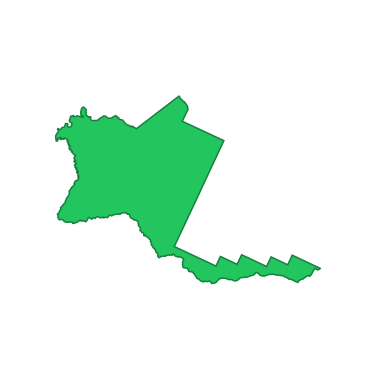 outline of La Jagua Del Pilar, La Guajira, Colombia, rotated 25°
{"feature_id": "7082276B91699112359201", "entity_name": "La Jagua Del Pilar", "entity_type": "district", "adm_level": 2, "iso_a3": "COL", "parent_name": "Colombia", "parent_adm1": "La Guajira", "projection": "natural_earth1", "projection_center": [-73.096, 10.466], "detail": "fine", "context": "isolated", "style": "filled", "palette": "green", "viewbox_px": 384, "rotation_deg": 25, "n_neighbors": 0, "source": "geoboundaries", "source_scale": "gbopen_adm2", "svg_char_len": 5916}
<svg xmlns="http://www.w3.org/2000/svg" viewBox="0 0 384 384"><g transform="rotate(25 192 192)"><path d="M340.5,207.0L309.5,206.9L309.5,217.5L291.1,217.4L291.1,228.0L263.5,227.9L263.4,238.5L245.0,238.4L245.0,249.0L199.0,248.9L199.2,186.9L199.1,185.5L199.2,132.0L153.3,132.0L153.5,118.7L152.3,117.5L151.8,116.3L148.9,114.5L147.8,114.3L147.4,113.5L146.1,113.8L145.0,113.3L144.7,112.9L144.2,113.0L143.4,112.5L141.7,112.2L140.7,111.0L140.0,111.0L139.6,110.7L115.0,157.9L113.6,158.1L112.4,157.8L111.2,157.8L110.5,157.5L109.9,158.5L108.7,158.0L107.5,158.7L106.4,158.2L105.0,158.6L104.5,158.5L101.5,157.6L98.9,156.1L95.2,156.9L94.7,156.2L94.0,156.2L94.0,155.8L93.5,155.9L93.1,155.5L92.3,155.6L91.9,155.2L91.1,155.3L90.5,155.0L90.0,156.1L89.0,156.7L88.5,158.0L87.5,159.2L85.2,160.5L84.8,160.6L81.5,159.8L80.0,160.3L79.4,161.0L79.3,161.9L78.5,162.6L77.1,164.6L76.9,166.0L75.7,166.9L75.1,167.9L74.7,168.2L73.7,168.1L72.3,169.1L71.5,169.5L70.4,169.3L68.6,168.5L68.5,168.0L68.7,166.9L68.6,166.7L67.7,166.9L66.9,167.7L66.0,167.7L65.4,167.3L63.9,167.1L62.8,166.1L62.6,164.5L61.9,164.2L61.7,162.7L61.2,162.1L58.7,160.9L57.6,161.0L57.0,161.6L56.8,162.2L56.8,164.1L57.2,165.4L57.4,166.6L58.7,168.9L61.3,169.4L61.3,170.4L61.0,170.8L58.9,170.6L57.6,171.3L55.8,171.4L54.7,172.9L53.2,173.4L52.1,172.8L51.6,173.3L51.3,174.2L50.3,174.2L50.0,175.1L50.6,176.6L50.4,178.1L50.9,179.5L51.9,180.2L54.2,180.3L54.7,183.1L54.5,183.8L53.8,185.1L52.9,185.3L51.7,185.1L51.3,184.8L50.7,183.0L50.4,182.6L48.8,183.2L48.5,183.6L48.4,184.1L48.9,185.6L48.8,186.8L48.3,187.5L46.9,188.6L46.7,190.2L46.4,190.9L45.8,191.4L44.0,191.1L43.7,191.2L43.5,191.7L43.6,192.0L45.0,192.9L45.3,193.6L44.7,197.3L44.7,198.6L45.0,199.4L47.3,203.1L47.5,203.2L48.3,202.8L48.3,202.2L47.7,201.7L47.7,200.9L48.1,200.4L48.5,200.7L48.7,198.9L49.5,198.5L49.9,198.1L50.3,198.1L50.5,198.4L50.2,199.6L50.9,200.0L51.5,199.1L51.7,198.4L53.1,198.6L53.5,198.4L53.8,197.9L53.4,197.2L53.7,196.9L56.6,196.9L56.8,197.5L57.9,197.9L57.4,198.6L57.8,198.9L58.1,199.5L58.6,199.4L59.6,200.9L60.3,200.5L60.7,200.7L60.5,201.6L60.8,201.7L60.9,202.2L61.9,202.3L62.3,201.9L62.5,202.0L62.6,203.8L62.0,204.2L62.1,204.5L63.6,205.4L64.0,205.1L64.3,204.5L65.2,205.3L65.6,206.4L65.8,206.5L66.1,205.9L66.4,205.8L67.0,207.0L70.0,208.2L71.0,208.0L71.2,209.1L70.8,209.6L70.9,210.7L70.7,211.1L71.5,212.0L72.3,212.2L72.8,212.1L73.2,212.6L73.1,213.0L72.3,213.0L72.1,213.7L72.2,214.3L72.8,214.5L73.3,214.3L74.0,214.3L75.0,215.0L74.8,215.6L74.1,216.5L74.2,217.4L75.3,217.7L75.5,219.0L76.1,219.2L76.8,218.8L76.8,219.5L77.5,219.4L77.3,220.4L79.3,220.9L79.2,221.4L78.8,221.9L79.2,222.9L79.4,223.1L79.6,222.9L79.9,221.8L80.3,221.9L80.5,222.3L80.3,223.5L82.1,224.7L82.1,225.2L81.7,225.7L82.7,226.0L83.1,226.3L82.8,227.0L83.3,227.2L83.1,227.8L83.6,228.8L82.8,230.3L82.1,230.5L81.4,232.2L81.8,233.6L81.6,234.5L82.5,235.2L81.0,238.5L81.0,239.3L81.3,239.6L80.8,240.2L80.9,241.4L80.3,242.5L80.6,244.0L81.3,244.6L81.7,245.8L81.6,247.1L80.9,251.2L81.3,252.5L81.0,253.9L81.6,254.9L81.0,256.9L80.4,257.6L80.8,259.0L80.7,259.4L79.9,260.1L79.6,261.1L79.6,261.9L80.4,263.0L80.0,264.7L80.1,267.6L79.4,268.7L79.5,269.2L81.1,270.4L81.0,271.3L81.1,271.7L81.9,272.1L82.3,272.7L83.5,273.3L85.1,272.1L87.2,271.8L87.9,272.4L88.9,272.7L90.6,272.7L95.2,270.2L96.6,270.0L97.2,270.8L98.1,270.4L100.9,267.7L102.5,264.8L103.6,265.1L104.4,265.0L105.7,264.0L108.4,263.8L108.7,262.9L109.0,259.2L109.3,258.6L110.1,258.5L111.1,259.0L112.6,259.0L113.0,258.5L113.3,257.5L113.9,257.0L115.2,256.9L115.5,256.5L116.0,255.0L116.3,254.7L118.3,254.0L119.5,254.2L120.3,253.9L120.9,253.6L121.7,252.4L122.4,252.3L122.6,252.8L123.0,252.8L124.3,251.4L126.1,251.0L126.6,250.1L126.6,249.0L127.2,247.9L128.1,247.5L128.8,247.7L129.3,247.6L130.4,246.0L133.3,243.7L134.1,243.2L135.3,243.1L136.1,242.7L137.1,241.0L138.0,240.1L139.2,239.7L140.4,238.9L141.4,238.6L142.2,239.3L142.7,239.5L144.5,238.7L146.9,241.1L147.9,241.4L150.4,241.5L151.3,241.9L151.8,241.4L154.9,241.4L156.3,242.5L157.4,244.7L157.9,245.2L160.2,246.2L160.6,246.7L161.1,248.8L161.3,249.0L162.3,248.9L163.7,250.0L165.1,249.6L166.1,250.3L166.7,251.8L167.1,251.9L168.4,251.0L169.4,251.8L172.0,251.8L173.1,252.7L174.3,252.9L174.9,253.3L175.4,254.7L175.7,255.0L176.3,255.0L176.9,255.5L177.5,257.1L177.9,257.5L179.2,257.7L179.5,257.9L180.1,258.8L180.9,258.8L181.3,259.2L182.0,259.2L183.0,260.0L183.5,260.1L184.1,261.0L184.8,261.3L185.5,262.2L186.6,262.1L187.0,262.3L187.4,262.8L188.2,264.8L189.4,265.4L189.9,265.4L190.5,265.0L190.9,263.6L191.6,263.4L193.5,262.0L195.2,261.4L195.8,260.3L196.9,259.1L198.1,258.9L199.5,258.0L200.8,257.6L201.6,256.1L202.0,256.0L203.3,257.0L204.7,257.1L205.7,256.8L206.5,257.0L207.2,256.4L208.0,256.2L208.5,255.7L209.4,255.9L210.2,255.6L211.4,256.2L212.2,256.0L213.1,257.0L213.2,257.4L213.0,258.1L213.2,260.0L213.8,260.8L214.3,262.3L215.1,263.0L215.4,263.8L216.0,264.2L216.6,264.2L219.5,263.1L220.5,263.6L221.5,263.9L222.3,265.1L222.8,265.3L224.8,264.7L227.0,264.3L227.7,265.1L228.8,265.4L230.2,266.4L231.4,266.8L232.8,268.2L233.4,268.3L235.2,267.9L236.7,268.8L238.0,268.9L238.8,268.5L239.9,268.9L240.5,268.5L241.8,267.3L242.5,266.9L243.6,266.9L245.2,265.5L246.3,265.3L248.5,266.6L250.5,265.4L252.2,263.5L252.5,261.4L253.3,260.2L253.9,258.6L256.6,256.9L259.3,256.0L262.3,255.9L264.7,254.7L267.7,254.6L269.2,254.1L270.4,253.0L270.9,252.1L272.0,249.3L277.9,245.9L279.6,244.1L283.1,240.9L283.3,240.6L283.4,239.7L283.8,239.1L283.9,238.3L284.4,237.8L285.2,237.6L287.5,237.8L287.8,237.9L287.8,238.3L288.1,238.5L288.8,238.6L291.4,238.4L293.2,237.5L294.4,236.6L296.1,234.4L297.4,233.9L300.3,232.1L302.2,231.9L304.2,231.4L305.8,230.7L307.9,230.2L309.3,229.4L311.3,229.7L312.4,229.5L315.6,229.7L316.5,230.0L319.6,229.1L322.3,229.4L326.2,229.2L326.6,226.8L327.5,225.6L329.3,224.0L330.5,221.7L332.2,218.8L332.7,218.6L334.0,218.8L334.6,218.1L335.1,216.1L335.3,211.3L335.7,209.6L336.1,209.2L337.9,209.6L339.0,209.4L340.1,208.2L340.5,207.0Z" fill="#22c55e" stroke="#15803d" stroke-width="1.5"/></g></svg>